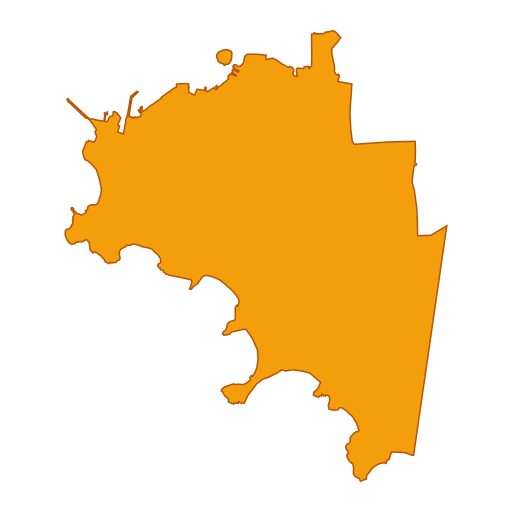 At Tawahi, `Adan, Yemen
{"feature_id": "15242507B38750647773303", "entity_name": "At Tawahi", "entity_type": "district", "adm_level": 2, "iso_a3": "YEM", "parent_name": "Yemen", "parent_adm1": "`Adan", "projection": "robinson", "projection_center": [44.985, 12.776], "detail": "fine", "context": "isolated", "style": "filled", "palette": "amber", "viewbox_px": 512, "rotation_deg": 0, "n_neighbors": 0, "source": "geoboundaries", "source_scale": "gbopen_adm2", "svg_char_len": 5907}
<svg xmlns="http://www.w3.org/2000/svg" viewBox="0 0 512 512"><path d="M337.2,42.6L340.7,37.5L335.1,31.6L332.8,30.7L328.2,31.9L325.3,32.1L325.2,32.8L323.7,33.6L315.3,33.8L314.8,32.7L314.3,32.8L313.9,33.9L311.5,34.2L311.8,55.9L311.6,65.8L310.5,66.6L309.2,68.6L308.7,67.7L309.2,66.9L308.4,66.5L305.5,66.5L304.1,66.9L303.6,68.7L297.4,68.1L296.5,69.0L296.5,71.7L297.3,76.2L294.2,75.9L292.7,73.2L293.7,71.7L293.8,69.4L291.8,67.1L289.7,66.5L288.4,67.4L282.7,64.4L276.1,59.8L272.6,58.2L266.0,59.5L266.0,55.0L264.2,55.2L263.7,54.9L255.9,54.2L247.3,54.3L245.1,55.8L244.6,56.8L243.7,62.5L240.7,66.0L238.9,66.6L236.6,65.8L236.5,65.1L235.0,64.6L234.1,64.8L233.9,66.0L233.1,66.0L232.9,66.5L233.4,67.1L233.4,67.9L238.7,70.7L238.2,72.1L232.6,69.4L232.3,70.7L232.7,71.9L231.9,72.2L231.7,72.7L236.5,75.3L236.4,76.1L230.3,73.8L229.4,75.2L228.8,75.2L228.1,75.8L228.5,76.6L228.2,77.6L228.4,78.8L226.3,81.0L222.0,84.2L220.9,85.6L218.2,87.4L216.6,85.5L215.4,86.7L217.2,89.0L215.9,89.6L215.4,89.5L213.8,87.7L207.1,91.8L205.8,89.9L206.1,87.6L205.6,87.2L204.9,87.4L204.4,90.4L197.0,89.2L194.6,95.1L188.9,92.4L188.5,88.3L189.0,87.9L189.0,86.8L188.4,87.0L188.6,83.8L183.8,83.6L176.5,84.1L176.3,87.4L174.0,88.2L161.5,97.1L161.5,98.0L153.0,104.2L150.9,105.3L145.9,109.4L145.0,110.5L144.5,110.3L142.7,111.5L141.5,109.5L142.2,109.0L142.0,108.3L142.3,107.3L141.9,106.5L140.6,107.3L140.4,108.7L138.3,110.2L138.9,111.2L140.0,110.4L140.3,111.0L139.2,111.8L139.7,112.7L140.9,112.3L141.3,113.5L140.6,115.7L139.7,116.8L135.5,117.6L135.4,117.0L134.9,116.9L133.2,118.1L132.0,117.8L132.1,117.0L129.0,116.4L131.9,97.9L138.0,92.0L136.8,91.4L130.7,96.4L127.5,114.8L125.8,120.1L125.7,122.6L124.9,125.4L124.5,128.6L123.2,134.0L117.7,131.9L119.7,126.0L117.8,124.7L120.7,118.0L118.2,114.5L117.9,114.6L117.3,114.0L117.3,113.0L116.2,113.1L115.4,111.8L114.2,111.5L113.1,112.0L113.1,115.2L112.0,116.0L109.7,116.6L107.3,121.4L106.3,121.8L104.8,121.4L105.7,114.3L107.4,114.7L107.4,112.0L107.0,112.1L106.8,113.7L105.4,113.5L105.1,112.7L104.4,113.0L104.3,114.0L104.9,114.5L104.0,120.8L102.9,121.1L94.9,119.7L93.1,119.0L90.0,119.0L87.5,117.2L69.2,100.2L68.1,98.6L67.3,99.0L67.0,99.4L67.7,101.0L85.8,118.2L87.0,118.0L89.9,120.2L96.2,129.1L96.2,130.4L95.2,131.2L95.3,133.6L96.1,134.2L96.1,135.3L96.6,136.6L96.1,138.5L94.9,141.1L93.4,142.1L88.4,140.4L88.1,141.9L86.5,141.6L82.6,151.3L83.7,156.7L85.0,159.7L88.0,161.0L90.6,163.1L96.4,169.6L99.4,179.1L101.5,189.5L100.6,195.0L98.3,202.3L96.4,204.7L91.3,204.8L88.0,206.3L87.5,209.3L85.4,211.0L86.1,211.6L86.0,212.7L81.8,215.0L76.3,213.0L73.3,209.5L73.6,208.9L72.7,207.6L71.4,207.8L71.1,209.1L71.9,210.3L72.5,210.0L72.8,211.2L74.6,214.4L73.3,216.0L72.8,217.2L73.4,218.2L72.4,219.8L73.0,221.0L72.5,224.1L71.4,225.4L70.9,226.8L69.7,228.5L66.4,229.5L65.7,230.3L65.3,231.2L65.2,235.1L66.8,239.7L69.8,243.4L71.4,244.3L74.6,243.7L75.3,243.3L75.9,242.1L76.5,241.9L78.3,242.3L79.7,241.4L81.6,241.9L86.4,239.6L89.1,242.2L90.1,249.9L93.0,253.1L94.7,251.9L97.1,252.9L98.7,254.5L99.7,254.7L104.7,260.0L105.1,261.8L108.9,263.6L109.9,262.5L110.5,263.0L116.1,262.4L117.6,260.5L119.5,259.9L120.1,258.3L119.5,255.4L119.4,251.4L121.4,248.7L125.5,246.8L127.1,245.2L129.7,245.4L133.8,243.9L140.2,245.7L142.1,246.7L148.4,247.9L152.1,249.2L154.8,252.3L157.3,254.0L160.2,258.2L160.8,261.9L159.9,263.4L158.4,263.8L157.5,265.6L159.1,267.9L160.4,268.3L160.2,269.4L160.9,269.9L162.9,270.2L163.4,270.8L163.5,272.2L164.4,272.3L165.8,274.1L167.2,274.2L168.9,275.1L186.9,278.8L191.4,280.0L191.8,282.7L190.9,284.7L190.7,286.6L189.5,288.5L189.7,289.0L190.4,289.2L191.2,289.4L193.7,286.2L197.1,284.2L202.6,276.6L205.6,275.4L210.1,276.0L215.8,278.1L220.0,280.1L225.0,284.0L228.0,287.0L231.0,289.3L236.1,295.0L238.8,299.3L239.1,302.1L237.8,306.1L236.9,305.2L235.2,307.5L235.3,318.9L234.4,320.4L229.9,321.6L228.3,322.8L227.2,324.6L226.4,328.8L225.0,330.8L223.5,331.6L222.5,333.8L223.8,335.2L227.5,334.8L230.0,333.8L231.3,332.1L243.0,329.4L246.1,329.3L252.5,338.7L257.4,349.8L258.1,359.5L256.8,367.7L255.0,372.4L252.7,376.4L251.3,375.5L249.8,377.6L250.4,379.9L247.8,382.1L245.2,383.8L242.8,384.5L237.5,384.1L235.9,384.6L233.3,383.9L224.6,386.9L222.2,388.8L221.3,391.0L222.4,391.5L223.3,393.5L225.3,396.5L227.1,397.7L228.5,399.4L228.3,401.7L230.2,402.8L233.8,404.1L234.5,403.0L238.4,403.3L238.7,401.6L241.5,403.3L244.3,403.1L247.9,395.4L256.8,383.7L262.6,379.3L268.2,377.4L277.2,373.0L281.8,369.8L285.9,371.0L292.5,369.8L302.6,371.2L309.7,373.0L320.8,382.5L319.8,383.9L318.7,387.1L316.8,389.8L313.9,392.2L313.4,395.1L315.3,396.1L318.5,397.2L319.6,396.0L320.9,395.3L321.3,396.0L321.8,394.6L322.4,394.3L323.1,395.0L323.1,395.8L325.5,396.0L326.0,395.0L328.4,395.6L329.5,397.4L329.7,400.5L328.3,405.5L329.0,409.2L334.0,410.2L336.1,409.8L337.6,410.0L339.4,407.8L342.1,407.8L346.8,411.2L352.6,416.6L356.5,423.1L359.0,430.4L357.9,431.8L356.5,431.7L354.6,432.6L352.7,434.4L350.0,438.0L350.3,439.5L350.1,441.7L348.9,443.5L346.8,444.3L346.0,445.8L345.7,447.5L346.1,448.8L347.7,451.0L348.4,453.0L346.7,455.2L347.6,458.3L349.9,461.7L352.9,464.1L353.6,467.4L353.4,474.0L355.0,476.3L355.9,477.1L359.1,478.3L360.5,481.3L366.4,478.9L366.6,475.7L371.1,469.8L373.9,466.8L377.2,464.7L380.5,463.3L384.6,462.7L385.8,463.5L386.5,462.8L386.5,461.5L387.8,459.8L389.1,459.5L391.5,452.0L402.4,452.4L405.5,452.8L411.9,455.2L413.6,455.3L446.8,225.8L430.8,235.3L417.6,235.7L417.3,220.1L416.6,206.8L414.4,190.6L412.0,181.8L414.0,165.7L415.8,165.5L416.7,164.0L415.0,163.0L415.5,151.4L415.1,141.3L387.7,142.0L354.4,144.3L352.3,141.5L350.8,129.4L349.9,112.5L351.9,84.0L337.8,81.5L339.4,76.1L338.7,74.3L336.3,74.9L334.5,71.8L334.5,66.3L331.8,54.1L331.8,48.3L333.0,47.4L337.2,42.6ZM231.1,60.1L231.7,57.7L231.9,52.6L231.0,51.2L226.9,49.6L223.6,49.9L218.9,52.1L217.6,53.2L216.7,54.9L216.7,57.6L217.4,58.5L217.9,60.5L218.7,62.0L220.8,63.2L222.0,63.1L222.1,63.7L223.9,64.2L223.9,65.1L224.9,65.3L225.7,64.3L227.9,64.2L229.5,63.2L231.1,60.1Z" fill="#f59e0b" stroke="#b45309" stroke-width="1.5"/></svg>